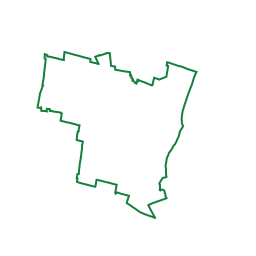 Devesel, Mehedinti, Romania (Natural Earth projection), rotated 74°
{"feature_id": "2599482B24769263834247", "entity_name": "Devesel", "entity_type": "district", "adm_level": 2, "iso_a3": "ROU", "parent_name": "Romania", "parent_adm1": "Mehedinti", "projection": "natural_earth1", "projection_center": [22.678, 44.474], "detail": "fine", "context": "isolated", "style": "outline", "palette": "green", "viewbox_px": 256, "rotation_deg": 74, "n_neighbors": 0, "source": "geoboundaries", "source_scale": "gbopen_adm2", "svg_char_len": 5519}
<svg xmlns="http://www.w3.org/2000/svg" viewBox="0 0 256 256"><g transform="rotate(74 128 128)"><path d="M83.4,209.3L83.9,208.3L83.9,208.2L84.0,208.1L84.8,206.8L84.9,206.5L84.9,206.4L84.8,206.2L84.5,206.1L84.4,205.9L85.6,206.1L87.6,206.6L87.8,206.2L88.2,205.0L88.3,204.7L88.9,203.0L89.3,201.8L89.5,201.5L89.0,201.5L88.8,201.3L88.5,201.2L88.3,201.1L87.2,200.8L88.2,198.0L88.3,198.0L88.8,198.1L90.0,198.5L90.3,197.6L90.6,196.8L90.6,196.4L91.2,195.9L91.5,195.5L92.3,193.5L92.8,192.5L93.1,191.8L93.4,191.0L94.7,188.4L95.0,188.6L95.3,188.5L95.6,188.1L95.9,187.7L97.6,188.5L102.4,190.8L105.6,185.3L107.1,182.5L108.7,179.7L109.9,177.7L111.3,175.5L112.1,173.9L116.1,175.9L116.8,176.0L117.6,176.4L117.7,176.5L117.7,176.9L117.8,177.0L117.7,177.3L118.7,177.7L119.0,177.8L119.4,178.0L119.5,178.3L125.3,180.7L126.1,179.5L127.4,177.2L128.0,176.1L128.6,175.1L132.4,177.1L132.9,177.2L133.3,177.3L134.0,177.5L134.4,177.6L135.9,178.2L136.4,178.5L139.0,179.6L142.3,181.0L142.9,181.1L143.1,181.2L143.1,181.4L143.6,181.6L144.8,182.1L145.5,182.4L146.6,183.0L149.1,184.2L152.8,185.7L153.5,186.1L154.4,186.4L155.1,186.6L155.4,186.8L156.3,187.1L157.2,187.5L157.6,187.6L158.3,187.9L158.5,187.9L158.3,189.3L162.2,191.2L162.6,190.5L165.1,191.7L165.7,191.9L166.1,191.4L166.6,190.6L167.0,190.1L167.7,189.0L168.6,187.5L169.4,186.1L171.0,183.4L171.1,183.2L172.6,180.8L174.3,177.8L174.4,177.5L174.5,177.4L174.6,177.0L175.1,176.3L175.4,175.7L174.6,175.1L169.2,172.6L169.1,172.4L169.7,171.3L170.3,170.3L171.1,168.8L173.5,164.8L173.9,164.1L174.5,162.9L178.0,157.1L179.4,154.5L183.3,156.4L186.6,158.1L186.8,157.8L187.3,158.0L187.7,157.9L187.0,156.2L189.7,152.2L190.2,151.2L190.8,150.2L191.3,149.3L192.9,146.7L193.4,145.7L195.2,147.0L196.0,147.5L196.5,147.9L199.3,149.6L199.8,149.9L200.8,149.1L202.1,147.8L205.6,145.0L208.0,143.0L209.9,141.5L211.6,140.0L213.1,138.7L213.4,138.2L214.0,137.4L214.2,137.2L215.6,135.5L216.7,133.9L217.0,133.5L217.5,132.9L218.9,130.8L219.7,129.6L221.2,127.7L221.7,127.1L221.9,126.8L221.8,126.7L221.6,126.8L221.2,126.9L211.7,129.0L207.8,129.8L207.3,127.7L207.2,127.3L207.5,127.2L206.9,124.5L206.9,122.4L206.9,121.6L206.7,120.8L206.7,120.3L206.7,119.9L206.6,116.6L206.4,114.9L206.4,112.3L206.4,112.2L206.2,111.6L206.2,110.9L206.2,110.6L206.0,110.2L204.1,110.8L203.8,110.8L203.4,110.7L201.9,110.2L201.6,110.2L200.8,110.5L200.3,110.6L199.0,110.3L198.7,110.3L198.2,110.4L197.8,110.6L197.5,110.8L197.2,111.2L196.6,112.0L196.5,112.5L196.7,113.1L197.0,113.8L197.0,114.0L196.9,114.2L196.7,114.3L196.3,114.5L195.9,114.5L194.8,113.9L192.8,113.3L192.0,113.1L191.4,112.9L191.1,113.0L190.9,113.2L190.6,113.3L190.3,113.3L190.0,113.2L189.9,113.1L189.7,112.9L189.3,112.6L189.0,112.2L187.9,111.1L186.0,108.9L185.6,108.1L185.5,107.6L185.5,107.3L185.7,106.9L185.7,106.6L185.8,106.3L185.8,105.7L185.5,104.4L184.6,104.4L182.6,104.1L179.2,103.1L178.5,103.1L178.4,103.0L177.9,102.7L177.4,102.6L175.7,102.5L174.7,102.3L173.9,102.0L172.7,101.3L171.4,100.7L168.9,99.5L167.5,98.8L166.7,98.2L165.8,97.4L164.9,96.6L163.3,95.5L162.9,95.1L162.5,94.5L162.2,93.8L159.5,90.9L157.6,89.1L157.1,88.4L156.6,87.3L156.2,86.9L155.3,86.2L154.4,85.2L152.3,83.6L150.2,81.6L148.7,80.8L147.3,79.9L145.7,79.2L145.5,78.9L141.5,74.6L138.4,74.8L134.3,74.0L130.2,72.4L126.8,70.8L123.4,68.6L118.4,65.2L113.7,62.0L108.7,58.4L104.1,54.8L97.5,50.5L93.9,47.5L93.0,46.7L89.0,52.6L88.9,52.8L86.8,55.8L86.7,55.7L84.7,58.4L84.5,58.5L83.0,60.9L82.8,61.2L82.8,61.3L82.7,61.7L78.5,67.8L76.5,70.7L75.6,72.2L77.2,72.9L77.9,73.2L78.0,73.4L78.5,73.7L78.9,73.0L79.2,72.4L79.3,72.3L79.5,72.3L81.7,73.4L84.0,74.4L85.1,75.0L88.3,76.5L89.3,77.0L89.4,78.6L89.6,79.9L89.9,83.5L90.1,84.4L90.1,84.7L88.8,86.2L88.7,86.4L87.3,88.4L86.9,89.0L88.5,89.9L90.1,90.9L91.3,91.5L91.7,91.8L92.0,91.9L92.6,91.9L92.7,92.0L93.0,92.5L93.0,92.8L93.4,92.9L93.7,93.1L93.5,93.6L93.2,93.9L92.5,94.9L91.5,96.0L89.3,98.8L88.8,99.2L88.7,99.6L88.3,100.0L87.2,101.7L84.6,104.9L84.1,105.5L85.7,106.5L86.1,106.7L86.3,106.4L86.4,106.7L86.5,106.9L86.6,107.0L86.9,107.3L87.6,107.7L87.2,108.1L86.9,108.5L86.6,108.6L86.2,109.1L85.2,109.0L84.2,110.1L83.8,110.7L82.3,109.8L81.8,110.3L81.3,110.9L80.3,110.3L79.7,110.9L79.1,110.7L78.7,110.5L78.3,110.8L78.1,111.1L77.9,111.0L77.9,111.5L76.6,110.9L76.3,111.0L75.4,110.8L74.8,110.7L74.1,112.4L72.7,115.4L72.7,115.6L72.3,116.3L71.7,117.5L71.3,118.4L70.7,119.6L70.1,120.9L68.4,124.2L65.3,123.5L64.5,125.5L63.6,127.2L58.5,126.2L52.3,125.2L50.9,124.9L50.0,128.1L50.0,128.3L50.3,128.5L50.4,128.8L50.4,129.4L50.5,132.9L50.5,134.9L50.4,135.4L50.3,135.5L50.1,135.5L50.1,135.9L50.4,135.9L50.4,138.9L50.5,139.9L58.3,138.6L58.3,138.8L57.7,139.6L57.7,139.8L57.5,140.2L57.2,140.6L56.7,141.2L56.4,141.8L56.2,142.2L55.9,142.8L55.7,143.1L55.2,144.1L54.0,146.1L53.8,146.1L52.0,145.1L51.6,145.0L51.4,145.0L49.8,147.6L49.5,147.9L49.1,148.9L48.5,149.9L48.1,150.4L47.8,151.1L47.5,151.5L47.3,151.9L46.4,153.2L46.4,153.4L46.2,153.7L45.8,154.2L45.4,154.8L45.1,155.3L44.5,156.5L43.7,157.6L43.3,158.5L42.7,159.5L42.5,159.9L42.3,160.2L41.7,161.0L41.0,162.1L40.6,162.9L40.0,163.9L39.3,165.1L38.0,167.1L37.4,168.1L40.9,169.5L43.9,170.7L44.4,170.8L44.9,170.9L44.4,171.7L44.6,171.8L43.9,173.2L43.7,173.4L43.2,174.4L42.4,175.7L42.2,175.9L40.9,178.2L40.4,179.2L38.2,182.9L38.3,183.0L36.9,185.9L36.4,185.7L35.8,185.5L35.7,185.5L35.1,186.2L35.0,186.3L34.5,187.0L34.1,187.6L35.2,188.0L38.2,189.0L38.7,188.5L39.0,188.1L39.3,188.1L39.7,188.3L42.3,189.3L44.7,190.4L45.9,190.9L47.3,191.5L52.7,193.8L53.0,193.6L57.8,195.8L60.0,196.9L63.4,198.5L63.7,198.0L70.3,202.9L83.4,209.3Z" fill="none" stroke="#15803d" stroke-width="2"/></g></svg>